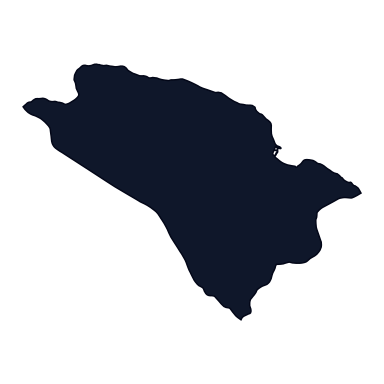 outline of Bolungarvíkurkaupstaður, Vestfirðir, Iceland
{"feature_id": "244011B6311767935335", "entity_name": "Bolungarvíkurkaupstaður", "entity_type": "district", "adm_level": 2, "iso_a3": "ISL", "parent_name": "Iceland", "parent_adm1": "Vestfirðir", "projection": "mercator", "projection_center": [-23.321, 66.137], "detail": "fine", "context": "isolated", "style": "filled", "palette": "ink", "viewbox_px": 384, "rotation_deg": 0, "n_neighbors": 0, "source": "geoboundaries", "source_scale": "gbopen_adm2", "svg_char_len": 5595}
<svg xmlns="http://www.w3.org/2000/svg" viewBox="0 0 384 384"><path d="M361.0,193.1L360.9,192.9L360.0,191.3L359.4,190.2L358.2,188.2L356.7,187.0L355.1,185.9L353.7,185.5L352.6,184.4L351.6,183.0L351.1,182.5L350.2,182.2L349.4,182.6L348.0,182.3L347.0,181.9L345.2,180.9L343.7,179.8L342.2,177.9L340.6,177.0L339.6,175.7L337.2,173.8L336.2,173.6L334.1,173.0L331.9,171.8L330.4,170.6L327.0,168.4L323.9,165.9L322.1,164.8L320.1,163.9L318.5,163.7L317.1,163.1L316.0,162.2L314.8,161.4L313.3,160.6L312.2,160.3L309.3,159.8L306.8,159.6L305.0,159.8L303.6,160.5L302.9,161.3L301.2,163.5L299.5,165.0L297.9,166.0L296.8,167.1L296.3,167.3L295.9,167.2L295.6,167.1L295.5,166.8L295.1,166.3L294.5,166.2L291.9,165.8L287.4,164.9L284.0,163.6L282.6,162.9L281.7,162.4L279.2,160.6L277.4,159.0L276.2,158.1L275.2,157.2L274.8,156.7L275.6,155.1L275.8,155.1L276.0,154.8L276.5,153.6L277.4,152.6L277.6,152.1L277.7,151.8L277.6,149.1L277.3,149.1L277.4,151.9L277.4,152.0L277.2,152.2L276.9,152.5L276.5,152.4L275.5,154.5L275.4,154.8L275.0,155.5L274.6,155.6L274.3,155.5L274.0,155.3L273.5,155.1L273.2,154.9L273.0,154.6L272.8,154.1L272.8,153.7L272.8,153.1L273.3,151.8L273.8,150.4L276.3,150.5L276.3,150.2L274.2,150.0L275.3,146.8L278.9,148.4L279.2,147.9L279.2,147.5L279.7,147.9L279.7,148.2L280.2,148.6L280.6,148.6L280.9,148.4L280.9,148.2L280.7,147.6L279.6,146.8L278.3,146.3L277.5,146.1L276.9,145.7L276.0,144.9L275.4,144.2L274.9,143.3L273.5,139.6L272.1,136.5L271.4,133.8L271.2,129.7L271.3,125.4L270.9,123.5L269.9,122.0L268.1,120.4L266.1,119.0L262.3,114.8L261.1,114.1L259.7,113.8L259.0,113.3L256.7,111.3L255.5,109.4L255.0,107.3L254.3,106.8L252.3,105.5L250.2,105.2L249.5,105.2L248.2,105.2L246.1,105.1L243.3,104.5L240.1,104.1L238.8,103.7L237.2,102.8L234.2,101.5L232.0,100.2L228.6,98.1L225.5,95.7L221.3,92.9L218.2,92.3L215.6,92.6L214.8,92.4L211.1,91.1L207.1,89.7L204.3,88.8L202.6,88.2L199.6,86.9L198.0,85.9L194.9,84.3L191.6,82.7L188.5,81.3L185.7,80.2L182.5,79.0L180.8,79.0L178.6,79.4L174.9,79.8L172.7,79.9L170.9,79.9L170.1,80.2L168.6,80.6L167.0,80.4L165.1,80.2L163.8,80.0L162.7,79.8L161.2,79.5L160.5,79.3L159.1,78.9L156.8,78.0L155.6,77.9L153.4,77.6L152.8,77.5L151.5,77.8L149.8,78.0L148.7,77.8L146.8,76.6L145.5,76.2L143.6,75.8L142.2,75.9L141.1,75.9L139.6,75.8L138.0,75.2L135.7,74.3L132.8,73.3L130.1,71.7L128.0,70.4L126.1,68.0L124.4,66.7L122.7,66.2L120.8,66.1L117.9,66.6L115.6,66.8L114.4,66.7L112.7,66.4L110.0,66.1L106.5,65.3L104.1,65.6L103.2,65.6L101.9,65.3L100.9,65.2L99.2,64.6L98.0,64.6L96.7,64.2L94.5,64.3L93.1,64.8L91.3,65.5L88.8,65.9L86.9,65.7L85.3,65.3L83.9,65.3L82.7,65.6L81.6,66.3L79.5,68.3L77.7,69.6L76.9,70.5L75.5,73.1L74.6,75.2L74.2,78.4L74.1,79.9L74.9,81.6L75.5,83.2L75.9,85.4L76.2,87.6L76.3,88.3L77.4,90.8L78.4,92.8L78.8,94.2L78.7,95.4L78.3,96.2L77.5,97.3L76.5,98.3L75.5,99.2L74.3,100.1L71.4,101.9L69.3,103.2L67.5,103.9L66.1,104.3L65.1,104.4L64.2,104.0L62.5,103.1L61.3,102.8L59.7,102.4L58.2,102.3L56.8,101.9L55.7,101.5L54.6,101.4L53.1,101.6L52.1,101.6L50.8,101.5L49.3,101.1L48.4,100.7L47.8,100.3L47.3,99.9L45.7,99.0L44.5,98.6L43.0,98.3L42.6,98.3L41.1,98.5L40.0,98.6L39.0,98.7L38.3,98.7L37.3,98.6L35.6,98.8L34.3,99.5L33.1,100.3L32.7,100.7L31.4,101.8L31.0,102.0L30.3,102.0L29.2,102.2L28.7,102.3L27.3,103.0L26.2,104.1L24.4,105.6L23.1,106.8L24.7,109.0L25.1,109.5L26.7,111.1L28.2,112.5L29.0,113.0L30.6,114.0L32.5,114.9L35.3,115.8L37.6,116.9L39.8,118.0L41.1,118.8L42.7,120.1L44.9,122.0L46.8,124.0L48.6,126.0L49.7,127.7L50.2,128.8L50.6,132.1L51.2,136.6L51.4,138.7L51.7,141.4L52.3,143.6L53.1,145.2L54.1,146.7L55.4,148.0L57.4,149.5L59.9,151.2L62.1,152.5L66.7,155.5L78.0,162.8L92.2,172.0L105.7,180.8L110.5,183.9L114.7,186.6L117.2,188.1L129.7,195.5L130.6,196.0L137.9,200.3L140.3,201.8L144.3,203.7L147.1,205.2L148.7,206.2L150.7,207.5L154.4,210.3L156.1,211.7L157.9,213.7L159.7,216.4L161.0,218.5L161.7,219.5L164.0,223.1L165.4,225.6L166.0,226.7L167.3,229.2L168.8,232.7L170.9,237.0L172.4,239.4L173.9,241.8L177.7,247.7L179.8,251.1L181.8,254.1L183.0,256.2L183.7,257.4L185.1,259.9L186.2,262.4L187.2,265.2L188.2,267.9L189.2,270.3L190.5,272.8L191.0,273.9L192.6,277.1L194.2,280.2L195.4,281.9L197.4,284.3L199.0,285.7L200.3,286.3L202.6,287.6L203.3,288.5L203.8,289.5L204.3,291.0L205.8,293.5L206.9,294.6L208.2,295.3L209.5,295.6L212.4,295.7L214.2,296.1L215.1,296.8L216.1,298.0L219.0,301.2L221.2,303.8L222.7,305.3L224.0,306.5L226.0,307.4L229.5,308.0L230.4,308.9L231.2,310.0L232.6,311.9L234.0,313.6L235.7,315.7L237.5,317.3L241.0,319.8L242.0,317.8L242.6,317.1L243.3,316.6L243.6,316.3L245.2,315.5L246.9,314.7L248.3,314.0L249.8,313.5L250.5,312.9L250.8,312.0L251.0,311.0L250.9,310.2L250.8,309.1L250.4,307.9L249.7,305.8L249.7,304.7L249.7,302.7L250.0,300.9L250.5,299.4L251.8,297.8L252.8,296.5L254.4,294.6L255.7,292.7L256.2,291.8L256.7,290.4L257.5,289.5L258.4,288.7L259.6,287.8L261.5,286.6L262.4,286.1L265.6,284.9L267.0,284.3L268.5,283.0L269.5,281.9L270.2,280.6L271.1,278.7L272.0,275.2L272.8,272.8L274.1,270.3L275.0,268.2L275.5,266.1L276.4,264.3L278.3,264.3L281.0,264.1L283.3,263.8L285.0,263.2L288.6,262.2L289.5,262.1L290.9,262.5L292.5,262.9L296.4,263.2L299.6,263.2L301.8,263.0L304.2,262.5L306.0,261.9L307.3,261.0L308.3,260.1L310.1,258.5L312.1,257.3L314.6,255.9L316.7,254.3L318.6,252.1L320.0,250.1L320.9,247.8L321.2,247.0L321.4,245.0L321.2,242.0L320.8,241.0L319.9,238.4L318.6,234.6L316.7,229.1L316.2,227.1L315.9,223.6L315.8,221.4L315.8,219.7L316.2,218.6L316.6,217.5L316.8,215.8L317.0,212.5L317.7,211.7L319.1,210.1L320.7,208.7L322.4,207.5L329.3,203.8L333.9,201.3L338.3,198.8L339.8,198.2L341.4,197.9L343.1,197.6L344.8,197.5L346.8,197.6L350.1,197.9L351.8,197.9L354.0,197.0L354.2,196.9L357.3,195.3L359.1,194.2L361.0,193.1Z" fill="#0f172a" stroke="#020617" stroke-width="1.5"/></svg>